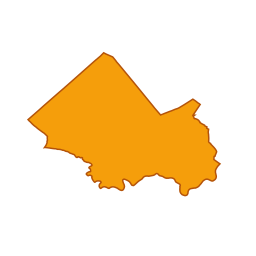 the district of Vinh Thuan, Kiên Giang, Vietnam, rotated 106°
{"feature_id": "81297802B62462651678890", "entity_name": "Vinh Thuan", "entity_type": "district", "adm_level": 2, "iso_a3": "VNM", "parent_name": "Vietnam", "parent_adm1": "Kiên Giang", "projection": "albers", "projection_center": [105.281, 9.542], "detail": "fine", "context": "isolated", "style": "filled", "palette": "amber", "viewbox_px": 256, "rotation_deg": 106, "n_neighbors": 0, "source": "geoboundaries", "source_scale": "gbopen_adm2", "svg_char_len": 5810}
<svg xmlns="http://www.w3.org/2000/svg" viewBox="0 0 256 256"><g transform="rotate(106 128 128)"><path d="M137.1,29.7L136.5,31.6L134.6,36.8L131.6,37.4L131.2,36.6L130.1,36.6L128.4,36.4L127.1,36.3L126.5,36.2L125.7,36.7L124.4,38.0L123.7,39.0L123.0,40.0L120.5,44.3L120.3,44.4L120.1,44.4L119.8,45.6L119.6,46.0L119.0,46.7L117.7,47.0L115.7,47.5L114.0,48.1L111.7,48.9L110.8,49.4L109.7,49.8L108.3,50.0L107.2,50.1L106.9,50.2L106.9,50.3L107.0,50.7L106.9,51.0L106.7,51.4L106.6,52.2L106.5,52.3L106.4,52.4L106.2,52.4L105.5,52.4L105.2,52.4L105.1,52.5L105.0,53.9L104.8,54.7L104.6,54.8L104.3,55.0L104.2,55.1L104.1,55.6L103.7,57.6L103.5,58.5L103.3,59.1L103.0,60.2L102.9,60.4L102.5,60.4L102.4,60.5L102.2,60.9L101.4,61.9L101.0,62.6L100.6,64.0L100.6,64.6L100.4,65.5L100.7,66.5L100.7,66.8L100.6,67.0L100.3,67.2L99.6,67.6L98.6,68.6L97.3,67.5L97.6,69.0L86.1,65.3L85.5,65.1L85.1,66.0L84.9,66.5L84.8,67.1L83.4,70.5L82.4,73.6L84.9,75.8L90.2,80.5L94.7,84.7L95.8,86.0L96.9,87.7L99.4,90.8L100.5,92.4L106.5,100.3L101.4,108.1L100.0,110.0L94.7,117.7L89.9,124.6L83.1,134.4L69.4,154.4L67.6,157.2L66.6,158.4L64.1,162.0L63.9,162.4L62.9,169.8L62.4,172.1L66.6,174.4L72.1,178.1L76.8,181.1L104.0,198.4L114.3,205.1L118.5,207.8L129.5,214.9L135.1,218.4L147.5,226.4L148.5,224.8L149.1,223.5L150.3,221.5L151.3,219.6L151.9,218.2L152.6,216.3L152.9,215.8L153.2,215.1L153.6,214.2L155.5,209.1L156.1,207.2L156.6,206.2L158.3,203.1L159.2,203.0L159.7,202.9L160.6,202.6L161.8,202.1L162.3,202.0L162.7,202.2L162.9,202.2L163.1,202.2L163.6,201.9L163.9,201.8L164.8,201.8L165.2,201.8L165.6,201.8L165.9,201.9L167.0,202.0L168.0,202.3L169.2,202.7L169.8,202.9L169.6,202.5L169.5,201.9L169.3,200.7L169.1,199.5L168.9,198.2L168.6,195.6L168.2,193.0L167.9,191.9L167.9,189.9L167.8,189.5L167.5,188.3L167.3,187.1L167.3,185.1L167.4,184.6L167.2,183.9L167.2,183.5L167.2,183.1L167.5,181.5L167.5,181.1L167.4,180.2L167.3,179.7L167.4,179.3L167.5,178.5L168.0,177.3L168.1,177.1L168.2,176.3L168.2,175.1L168.4,173.3L168.4,172.7L168.5,172.2L169.1,171.4L169.4,171.1L170.0,170.3L170.2,170.0L170.4,169.5L170.4,169.3L170.4,169.1L170.3,168.7L170.0,168.4L169.9,168.2L169.7,168.1L169.4,168.1L169.3,167.9L169.3,167.6L169.3,167.2L169.5,166.7L169.6,166.3L169.6,165.7L169.7,165.3L169.6,165.1L169.3,164.7L169.1,164.2L169.2,163.8L169.2,163.7L169.4,163.5L169.8,163.4L170.0,163.4L170.3,163.3L170.6,163.1L170.9,162.6L171.1,162.1L171.2,161.8L171.5,161.6L171.8,161.3L172.1,160.7L172.1,160.0L172.2,159.2L172.3,158.5L172.3,158.0L172.3,157.8L172.1,157.1L172.0,156.9L172.0,156.3L172.1,155.6L172.3,154.3L172.4,153.9L172.6,153.5L172.9,153.0L173.2,152.7L173.5,152.5L173.6,152.4L173.8,152.4L174.2,152.5L174.8,153.1L175.5,153.8L175.8,154.1L176.2,154.4L176.6,154.6L176.9,154.6L177.0,154.6L177.3,154.3L177.4,154.1L177.5,153.4L177.8,153.1L178.1,152.8L178.6,152.5L179.0,152.3L179.8,152.0L180.1,152.0L180.3,152.1L180.5,152.4L180.7,153.0L181.0,153.6L181.7,154.3L182.2,154.8L183.0,155.3L183.3,155.4L183.7,155.4L183.9,155.3L184.1,155.1L184.5,154.4L184.8,153.5L184.9,153.3L184.9,153.2L184.3,152.4L184.0,152.0L183.9,151.8L183.8,151.5L183.8,151.0L183.9,150.6L184.0,149.9L184.1,149.7L184.4,149.4L184.7,149.3L185.0,149.2L185.7,149.1L186.0,148.9L186.4,148.6L187.2,148.0L187.9,147.2L188.4,146.6L189.1,145.6L189.2,145.4L189.3,145.2L189.2,144.9L189.1,144.7L188.6,144.4L188.0,143.9L187.5,143.1L187.3,142.8L187.2,142.4L187.0,141.8L186.8,140.9L186.8,140.4L186.8,140.0L186.9,139.7L187.1,139.4L187.5,139.0L187.7,138.9L187.8,138.9L188.0,138.9L189.1,139.5L189.9,139.8L190.2,139.9L190.6,139.9L191.0,139.9L191.4,139.8L191.9,139.6L192.3,139.5L192.8,139.0L193.1,138.7L193.5,138.1L193.6,137.7L193.2,137.2L192.0,136.3L191.7,135.9L191.1,134.9L190.9,134.0L190.9,133.3L191.0,132.0L191.3,130.8L191.3,130.2L191.3,129.7L191.2,129.5L190.3,128.8L190.0,128.5L189.7,128.1L189.1,127.3L188.7,126.2L188.6,125.8L188.5,124.6L188.5,124.1L188.6,123.2L188.7,122.4L188.8,121.6L189.3,120.3L189.4,119.9L189.7,118.8L189.8,118.0L189.8,117.4L189.8,117.2L189.7,116.8L189.5,116.4L189.2,116.0L188.9,115.8L188.6,115.6L188.1,115.4L187.6,115.3L186.6,115.2L185.9,115.2L185.4,115.3L185.0,115.3L184.7,115.5L183.7,116.0L183.2,116.4L182.5,117.0L181.6,117.7L180.1,118.6L179.8,118.6L179.4,118.7L179.1,118.6L178.8,118.4L178.5,118.1L178.4,117.9L178.2,117.5L178.2,116.8L178.3,115.6L178.7,113.4L179.1,112.2L179.4,111.6L180.2,110.5L180.8,109.9L181.6,109.0L181.7,108.8L181.9,108.5L181.9,108.0L181.9,107.2L181.7,106.7L181.4,106.5L180.5,105.8L178.7,104.7L177.5,104.0L176.9,103.6L175.9,102.9L173.5,100.8L173.1,100.5L172.8,100.3L171.7,99.9L171.2,99.7L170.8,99.4L170.1,98.8L169.5,98.0L169.3,97.5L169.1,97.1L169.0,96.6L168.8,96.1L168.7,95.1L168.5,94.5L168.0,93.5L166.6,90.7L165.9,89.8L165.7,89.5L164.7,88.9L164.4,88.6L163.9,88.0L163.9,87.8L163.8,87.5L163.8,87.2L163.9,86.8L164.1,86.3L164.7,85.4L165.0,84.7L165.1,84.3L165.1,83.9L165.0,83.1L165.0,82.3L165.0,81.3L165.6,79.2L165.7,78.3L165.7,77.9L165.7,77.5L165.4,76.4L165.0,75.1L164.5,74.1L164.1,73.0L164.0,72.2L163.9,71.8L164.0,70.6L164.1,70.2L164.2,69.8L164.7,69.0L165.0,68.7L165.3,68.4L166.2,67.7L166.6,67.2L166.8,66.8L167.0,66.0L167.4,64.3L167.6,63.4L167.7,62.9L167.9,62.6L168.0,62.4L168.3,62.2L168.8,61.9L169.0,61.9L169.3,62.0L169.6,62.1L170.2,61.8L172.9,61.2L174.9,60.4L175.4,60.0L176.3,59.1L176.7,58.3L177.1,57.7L177.2,57.0L177.3,55.9L177.3,54.6L176.9,53.7L176.2,52.9L175.7,52.6L175.1,52.5L174.1,52.4L172.8,52.7L172.2,52.7L170.8,52.5L170.2,52.1L169.5,51.6L169.1,51.2L168.5,49.9L168.1,49.1L167.6,48.1L167.1,46.6L166.5,45.8L165.4,44.6L164.5,43.9L162.7,43.1L161.5,42.5L158.5,41.4L157.7,40.9L157.1,40.4L156.5,39.9L156.0,39.3L155.6,38.6L155.3,37.7L155.3,37.2L155.3,36.4L155.8,33.5L155.8,32.7L155.7,32.3L155.6,32.0L155.2,31.5L154.4,30.8L153.5,30.1L152.7,29.8L151.8,29.6L150.6,29.7L149.9,29.9L147.3,31.3L146.6,31.7L144.7,32.2L144.0,32.2L142.9,32.0L141.2,31.6L139.6,31.0L137.7,30.0L137.1,29.7Z" fill="#f59e0b" stroke="#b45309" stroke-width="1.5"/></g></svg>